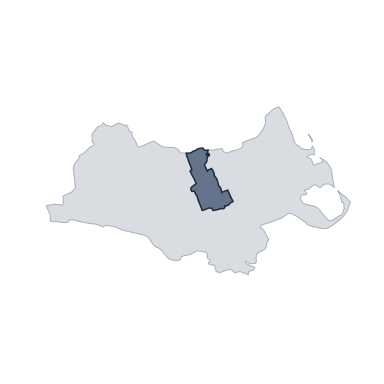 location of Ak Bugday, Ahal, Turkmenistan, rotated 157°
{"feature_id": "10190150B31923585689840", "entity_name": "Ak Bugday", "entity_type": "district", "adm_level": 2, "iso_a3": "TKM", "parent_name": "Turkmenistan", "parent_adm1": "Ahal", "projection": "mercator", "projection_center": [58.565, 38.864], "detail": "fine", "context": "in_parent", "style": "filled", "palette": "slate", "viewbox_px": 384, "rotation_deg": 157, "n_neighbors": 0, "source": "geoboundaries", "source_scale": "gbopen_adm2", "svg_char_len": 5771}
<svg xmlns="http://www.w3.org/2000/svg" viewBox="0 0 384 384"><g transform="rotate(157 192 192)"><path d="M120.1,133.0L136.1,133.9L141.0,134.6L143.0,132.3L142.9,131.7L142.1,131.2L141.0,129.6L139.9,118.7L141.3,117.1L142.9,116.0L145.2,112.5L146.4,111.5L148.3,110.6L154.4,110.4L156.9,109.7L159.1,105.7L159.6,103.4L161.2,101.6L162.2,101.6L166.3,103.2L167.2,104.0L168.6,106.9L170.2,106.7L170.4,106.2L170.2,105.6L169.1,103.8L166.5,100.5L163.9,98.5L163.7,97.8L165.9,96.1L170.2,96.8L171.3,96.3L172.5,93.7L178.3,99.6L179.3,100.2L183.9,100.9L184.7,101.8L186.3,105.2L187.8,106.1L189.8,106.7L198.0,106.8L200.5,109.1L200.9,109.6L200.4,111.2L200.3,114.3L199.6,115.5L200.0,116.0L202.9,117.3L204.7,119.3L204.8,120.1L204.3,120.7L203.0,120.4L202.3,121.3L202.3,122.9L203.3,124.4L203.6,125.7L202.2,128.9L202.1,130.2L202.6,130.9L209.9,135.7L211.1,135.8L218.2,135.0L219.5,135.5L225.7,136.6L227.5,136.4L228.6,134.9L229.8,134.3L230.8,134.2L233.8,135.2L236.9,137.2L239.0,139.1L240.0,140.8L242.8,150.0L244.7,153.8L246.9,155.7L248.4,159.3L249.8,167.0L250.6,168.6L254.0,171.7L271.1,184.2L276.3,189.8L284.3,195.2L287.3,194.6L293.5,200.3L297.5,202.4L302.7,205.8L313.4,213.5L315.7,213.9L318.3,212.8L320.6,213.4L324.7,215.4L329.0,218.3L332.7,219.4L333.8,220.7L333.8,221.4L331.7,225.1L331.4,229.8L331.7,236.1L330.7,236.2L323.4,234.5L316.5,230.6L314.8,231.8L314.0,233.1L312.3,238.6L302.9,238.9L297.4,241.6L292.4,259.2L291.3,261.4L288.2,264.3L282.9,267.1L282.1,268.2L281.9,269.3L281.2,269.6L278.3,269.6L267.0,273.4L264.6,273.4L263.6,273.7L263.2,274.4L264.4,277.8L263.4,278.8L262.7,280.6L262.1,283.6L254.7,288.3L253.2,288.8L250.2,288.4L248.7,288.9L247.1,290.3L246.4,289.9L246.0,288.4L245.2,287.4L240.6,283.6L235.3,284.2L233.3,283.9L231.8,283.3L229.3,281.1L227.8,279.0L226.1,279.3L225.7,278.3L225.6,277.2L226.1,275.8L225.9,273.2L225.0,271.3L223.9,270.5L225.1,267.4L225.1,265.1L224.4,262.7L224.1,259.1L224.3,255.6L223.3,253.9L207.6,254.0L202.1,245.9L199.8,243.9L192.0,240.4L189.9,238.6L188.1,236.5L187.6,233.7L186.8,232.0L185.6,231.8L179.5,228.5L177.0,227.7L173.7,228.5L171.7,227.6L169.4,228.8L168.4,228.9L165.9,228.1L162.9,225.1L160.3,223.9L154.9,222.0L151.1,221.4L147.7,220.3L147.3,219.9L147.3,217.4L146.8,216.3L145.8,215.1L144.5,214.1L138.7,214.2L136.1,213.3L134.0,213.1L129.4,213.3L127.9,214.0L127.0,214.8L126.5,217.2L126.0,217.6L121.5,217.7L112.1,217.1L108.1,218.3L102.0,222.1L98.5,225.3L97.4,226.7L95.4,232.3L94.4,233.1L93.2,233.7L92.0,233.8L86.4,236.0L84.3,236.5L78.7,236.3L77.4,228.0L76.9,221.5L77.5,212.3L77.2,206.5L78.1,197.5L77.8,195.3L74.9,191.3L74.5,188.6L72.7,188.4L69.9,186.1L67.1,185.2L65.7,185.1L64.4,185.8L63.5,187.1L62.8,185.0L62.9,182.8L65.1,178.2L66.5,179.6L68.2,180.1L72.4,179.8L72.0,178.2L69.8,176.6L69.4,174.6L69.5,172.4L70.1,170.4L69.5,169.5L68.5,169.0L66.1,169.1L60.1,168.3L59.4,170.7L61.1,173.9L58.3,170.3L56.4,166.6L55.2,162.2L55.0,157.5L57.3,149.9L59.2,140.6L61.5,144.5L63.3,146.2L67.0,147.4L68.8,147.1L70.8,146.1L72.7,146.4L75.7,150.5L77.8,150.9L82.2,149.4L84.3,149.0L86.1,149.7L88.0,149.7L87.2,147.8L86.8,146.0L87.9,145.0L91.4,146.1L94.2,145.0L94.7,144.5L94.9,142.9L94.5,139.7L93.9,138.3L92.3,136.4L86.1,131.9L84.0,130.1L82.3,127.7L79.5,118.4L77.3,112.3L76.5,111.6L72.9,111.1L66.1,112.6L63.6,112.3L62.5,112.9L59.7,115.5L58.4,117.6L56.6,122.6L58.0,124.2L56.9,132.5L57.6,136.0L57.3,136.3L55.3,131.9L52.5,127.5L50.2,120.7L54.3,116.3L57.7,113.2L61.5,110.8L65.4,109.2L74.1,106.8L78.9,105.9L82.8,105.7L85.9,107.2L94.0,112.7L97.5,115.7L98.5,117.0L99.5,119.9L105.5,129.4L106.9,130.7L109.2,133.7L111.4,134.6L120.1,133.0ZM62.5,199.1L62.4,200.3L61.3,196.6L60.7,192.6L61.4,191.5L62.2,191.6L61.5,193.0L62.5,199.1Z" fill="#d9dde1" stroke="#a8b0b8" stroke-width="1"/><path d="M179.7,166.8L178.7,166.4L176.8,166.1L175.4,165.8L174.3,165.8L174.2,165.8L173.5,165.4L173.2,165.3L171.9,165.6L170.5,164.7L169.6,164.3L169.0,164.5L168.8,164.5L168.1,164.8L167.9,164.9L167.8,165.4L167.7,165.6L167.5,166.3L166.7,166.1L165.7,165.8L163.9,165.7L162.7,166.2L162.0,166.3L161.7,166.5L161.0,166.8L159.9,167.3L159.7,167.2L159.2,167.1L158.0,167.2L158.0,167.5L158.0,167.8L157.9,168.4L158.0,168.9L158.0,169.4L158.2,170.3L158.3,171.7L158.3,171.8L158.3,175.6L158.3,177.8L158.3,178.5L158.3,179.6L158.3,179.8L164.7,180.1L164.8,180.0L164.7,180.8L164.3,182.1L164.2,183.4L164.2,183.7L164.1,184.8L164.3,185.7L164.3,185.9L164.9,187.1L164.9,187.5L164.8,188.8L164.3,191.0L164.2,193.1L164.1,194.1L164.4,196.1L165.0,198.4L165.0,198.5L164.6,199.7L164.3,200.5L164.3,200.9L164.4,203.0L164.4,204.4L164.6,204.9L164.8,205.5L164.9,205.9L164.9,206.0L168.2,205.9L168.4,205.9L169.3,205.6L169.8,205.3L169.8,205.5L169.9,211.8L169.4,212.5L169.2,212.7L168.2,213.2L167.8,213.4L167.2,213.7L166.9,213.9L165.8,215.3L165.5,216.2L165.4,216.4L164.9,217.1L164.8,217.4L163.6,218.6L162.9,218.6L162.1,218.7L162.0,218.8L161.8,219.1L161.7,219.1L161.5,220.0L161.5,220.7L162.4,220.6L162.5,220.5L163.3,220.0L164.2,220.4L164.1,221.1L163.6,221.7L162.3,221.8L161.6,223.3L161.4,223.5L160.8,224.3L161.7,224.5L163.6,225.1L164.6,226.4L164.7,228.1L166.9,228.9L168.2,229.3L171.5,229.3L172.0,228.9L173.6,228.9L174.5,229.2L175.7,229.0L176.1,228.7L177.9,228.7L179.0,228.7L180.6,229.4L182.0,230.0L182.5,228.9L182.7,227.3L182.9,226.6L182.8,225.3L182.7,224.2L183.0,222.8L183.1,222.3L183.1,222.2L183.1,218.1L183.2,217.1L183.2,215.7L183.4,214.1L183.6,212.4L185.5,212.2L185.7,211.1L185.4,210.0L185.4,207.6L185.2,206.1L185.0,204.7L184.9,203.3L184.8,200.5L184.7,198.1L184.8,198.1L189.3,197.0L190.0,196.8L191.3,196.1L191.9,195.2L192.0,194.1L192.0,193.2L192.0,192.9L191.8,192.9L191.4,192.5L191.2,192.3L189.5,191.8L189.5,187.9L189.2,187.7L189.1,186.1L189.1,184.5L189.1,184.1L189.5,183.6L189.6,172.8L189.6,172.6L190.0,172.1L189.8,171.4L189.6,170.9L184.7,170.7L182.9,170.7L180.3,169.5L180.1,168.3L179.9,166.8L179.7,166.8Z" fill="#64748b" stroke="#1e293b" stroke-width="1.5"/></g></svg>